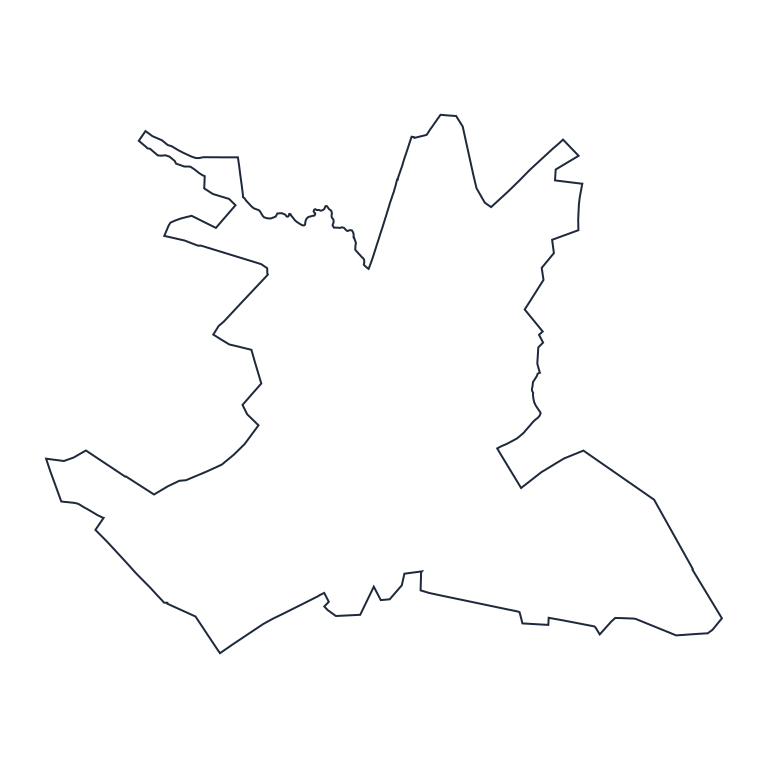 Valka, Valkas, Latvia
{"feature_id": "27541924B34676349154335", "entity_name": "Valka", "entity_type": "district", "adm_level": 2, "iso_a3": "LVA", "parent_name": "Latvia", "parent_adm1": "Valkas", "projection": "orthographic", "projection_center": [25.998, 57.777], "detail": "fine", "context": "isolated", "style": "outline", "palette": "slate", "viewbox_px": 768, "rotation_deg": 0, "n_neighbors": 0, "source": "geoboundaries", "source_scale": "gbopen_adm2", "svg_char_len": 5855}
<svg xmlns="http://www.w3.org/2000/svg" viewBox="0 0 768 768"><path d="M692.8,569.0L654.1,499.7L583.4,450.6L564.0,458.5L555.8,463.4L541.2,472.3L535.7,476.6L529.3,481.6L521.1,488.0L517.3,481.7L500.5,454.0L497.2,448.4L501.6,446.1L506.6,444.0L516.7,438.6L518.8,437.0L524.0,432.5L525.3,430.8L529.2,426.4L533.1,421.8L535.2,419.8L538.0,417.7L539.6,415.7L540.3,414.2L540.6,413.0L540.4,412.5L535.7,405.5L534.3,402.5L533.4,398.7L532.9,394.3L533.2,393.1L532.0,390.5L531.9,389.8L532.1,388.3L532.6,385.8L533.0,382.0L534.4,379.9L537.0,375.7L537.6,373.8L538.0,373.5L539.9,372.7L539.7,372.3L538.4,367.7L537.3,363.7L538.3,347.4L543.1,342.6L539.0,334.8L542.7,331.5L536.9,324.4L524.7,309.5L529.0,302.8L543.5,279.9L541.7,267.9L553.9,253.1L552.1,239.8L578.4,230.2L578.3,225.3L578.2,219.6L578.5,212.4L578.9,204.6L579.7,197.6L582.3,183.7L581.7,183.7L555.0,180.4L555.7,169.5L578.6,155.8L563.5,140.1L563.0,139.6L559.3,143.1L553.0,148.5L530.0,169.7L524.0,175.8L518.8,181.1L507.9,191.7L491.1,207.1L484.8,202.7L476.5,188.2L473.4,175.2L467.8,149.8L462.7,126.5L456.1,116.0L450.2,115.6L446.2,115.3L443.1,115.0L440.5,114.8L439.3,116.5L439.1,116.9L437.4,119.1L436.1,121.1L434.7,123.0L433.4,124.9L431.9,127.1L430.6,128.8L429.4,130.6L428.2,132.5L426.6,134.9L420.5,136.4L414.4,137.9L413.9,137.0L413.1,137.1L412.1,136.8L411.6,136.7L408.9,144.9L407.8,148.3L407.0,150.6L406.4,152.5L406.1,153.5L405.8,154.3L405.3,155.8L405.2,155.9L405.1,156.2L404.5,158.1L403.7,160.6L402.9,163.2L402.3,165.5L401.6,167.5L400.8,169.7L400.1,171.8L399.4,173.8L399.3,174.1L398.6,176.0L398.0,178.2L397.7,179.6L397.2,179.4L396.7,181.0L396.2,183.0L395.7,185.2L395.1,187.3L394.4,189.5L393.9,191.7L393.1,193.7L392.4,195.8L391.7,197.9L391.6,198.3L390.0,202.8L389.4,204.9L387.0,212.8L384.0,222.4L382.7,226.6L380.2,234.2L378.7,239.1L377.1,243.9L373.4,255.6L371.5,261.2L368.8,268.5L368.6,268.9L366.7,267.5L364.1,265.1L363.8,264.5L364.3,262.1L364.1,259.7L362.8,257.8L362.1,257.4L355.4,250.0L355.2,249.2L355.6,244.3L356.0,243.2L354.1,237.7L353.8,237.8L353.5,237.1L353.7,234.7L353.2,232.6L351.9,230.4L350.2,230.1L347.4,231.0L347.0,230.8L346.2,230.2L343.9,227.8L341.8,227.3L340.3,227.9L336.0,227.6L334.0,227.7L333.4,226.6L333.0,226.3L332.7,225.6L332.6,225.1L332.8,224.4L333.0,223.8L333.4,223.0L333.7,221.2L333.2,219.2L331.9,217.7L331.7,216.8L331.6,216.2L331.6,215.1L331.8,213.9L331.9,213.1L331.5,211.6L331.3,210.9L330.4,210.0L329.4,209.4L329.0,209.1L328.5,208.3L327.9,207.6L327.2,206.4L326.3,206.0L325.5,206.2L325.3,206.4L324.8,207.8L324.3,209.0L323.2,209.8L322.2,210.3L320.9,210.7L320.5,210.7L319.1,210.0L318.0,210.0L316.8,210.1L316.6,210.0L316.3,209.8L315.8,209.4L315.3,209.2L315.0,209.3L314.3,209.6L314.0,210.1L313.6,211.4L314.0,212.2L314.8,213.0L315.2,213.3L315.3,213.9L314.9,214.9L314.4,215.5L314.2,215.7L313.2,215.7L311.8,216.1L311.1,216.3L308.8,216.8L307.8,217.4L306.7,218.6L306.1,219.6L305.5,221.2L305.3,222.6L305.1,224.2L304.9,224.8L304.3,225.3L303.9,225.4L303.0,225.4L301.6,224.9L300.7,224.4L296.9,222.0L295.5,220.8L294.3,219.6L294.0,219.1L292.9,217.6L292.0,216.6L291.5,215.9L291.0,215.3L290.7,214.5L290.5,214.2L289.9,213.9L289.2,214.0L289.1,214.7L289.0,215.2L288.7,215.9L288.1,216.5L287.1,216.7L286.8,216.5L286.3,216.1L285.5,214.9L285.2,214.7L284.4,214.2L283.7,214.0L281.8,213.2L279.7,213.3L277.3,213.5L275.8,216.4L275.0,216.9L271.0,218.4L269.0,218.5L266.5,218.1L264.1,217.3L262.8,216.0L260.1,211.5L258.9,210.2L254.2,208.5L253.4,208.0L251.5,206.4L246.0,200.5L244.5,198.2L243.1,197.3L243.0,196.4L242.7,193.0L241.7,185.1L240.2,174.3L240.0,172.7L239.5,168.8L239.3,167.3L239.2,166.3L237.9,157.3L227.6,157.3L221.1,157.3L219.5,157.3L203.5,157.2L198.7,158.1L195.7,158.0L191.3,156.5L183.1,152.7L179.6,150.9L176.6,149.2L171.8,146.3L167.7,145.0L162.0,140.3L152.5,136.2L145.5,131.1L138.8,140.8L146.5,147.3L147.2,148.2L150.2,148.9L155.2,153.2L157.8,155.4L161.1,155.7L165.5,155.3L169.4,156.6L174.7,160.9L176.0,163.6L180.1,165.0L184.2,166.5L188.7,166.5L190.6,166.8L194.9,169.7L199.3,173.2L202.6,175.3L204.7,176.1L204.7,176.6L204.3,186.5L204.2,188.4L212.9,194.0L229.1,198.9L231.5,201.3L235.5,205.2L215.9,227.9L191.6,215.8L181.5,218.3L175.5,220.4L170.5,222.6L169.3,224.5L168.5,225.8L168.1,226.8L164.3,235.9L177.1,238.8L184.9,240.6L193.3,243.9L198.2,245.7L200.9,245.6L253.7,261.8L259.7,263.7L261.1,264.1L267.2,268.2L267.3,273.6L267.9,274.5L266.1,276.5L254.8,288.5L243.0,301.0L223.6,321.8L222.5,322.7L218.6,326.0L213.3,334.6L221.3,339.6L229.4,344.5L235.9,346.0L251.4,349.8L255.0,362.4L261.3,383.5L253.2,392.7L242.5,404.9L247.2,414.3L258.5,425.3L244.6,444.1L233.7,454.8L221.8,464.6L206.5,471.6L186.0,480.2L179.3,480.8L167.8,486.3L154.0,494.5L126.0,476.5L125.3,476.7L85.9,450.5L78.2,454.9L73.5,457.6L63.9,461.0L46.1,458.7L50.2,471.0L60.6,499.6L61.3,501.5L64.6,501.9L68.1,502.2L70.6,502.5L73.8,502.8L76.0,503.2L78.0,503.8L80.0,504.8L83.1,506.8L88.2,509.6L91.4,511.5L97.6,515.2L100.2,516.4L102.6,517.6L103.6,517.9L95.4,529.9L107.0,541.6L125.3,561.4L136.5,573.8L144.9,582.3L149.3,586.7L151.4,588.9L153.3,591.0L154.9,592.7L155.4,593.3L161.2,599.5L161.8,600.1L164.0,602.6L164.5,602.7L167.3,602.8L167.3,603.7L195.5,616.5L214.0,644.4L218.1,650.5L220.0,653.2L232.7,644.4L263.1,624.1L268.5,621.1L273.1,618.6L282.8,613.9L300.4,605.1L317.9,596.3L319.6,595.2L324.2,592.9L324.9,594.2L328.8,601.8L324.3,606.5L327.6,610.0L335.9,616.0L352.3,615.2L360.2,614.8L373.8,586.7L380.8,600.1L389.7,599.3L401.8,585.3L404.4,573.7L421.8,571.4L421.1,572.2L420.6,590.4L422.4,590.9L429.6,593.1L430.8,593.3L440.0,595.3L468.3,601.2L508.5,609.6L517.0,611.3L519.5,612.1L520.2,614.6L521.5,619.7L522.4,623.4L529.2,623.8L539.3,624.4L548.3,624.9L548.7,618.1L548.7,617.8L563.7,620.5L567.8,621.3L575.2,622.7L588.0,625.2L594.0,626.3L595.0,626.9L596.3,628.7L599.7,634.4L600.0,634.1L611.5,621.3L615.2,618.0L621.5,618.1L634.1,618.6L635.9,619.0L676.2,635.4L697.3,633.9L707.7,633.3L712.5,629.8L721.9,618.3L692.4,569.6L692.8,569.0Z" fill="none" stroke="#1e293b" stroke-width="2"/></svg>